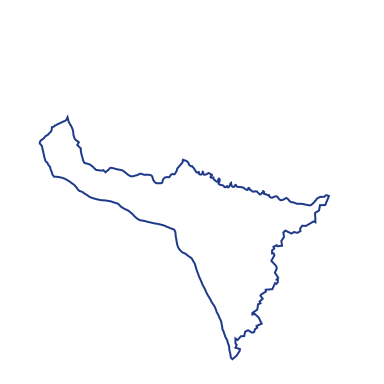 VI-7 Upper Corentyne, East Berbice-Corentyne, Guyana (Albers equal-area conic projection), rotated 314°
{"feature_id": "73187651B49855956252830", "entity_name": "VI-7 Upper Corentyne", "entity_type": "district", "adm_level": 2, "iso_a3": "GUY", "parent_name": "Guyana", "parent_adm1": "East Berbice-Corentyne", "projection": "albers", "projection_center": [-57.779, 3.06], "detail": "fine", "context": "isolated", "style": "outline", "palette": "blue", "viewbox_px": 384, "rotation_deg": 314, "n_neighbors": 0, "source": "geoboundaries", "source_scale": "gbopen_adm2", "svg_char_len": 6075}
<svg xmlns="http://www.w3.org/2000/svg" viewBox="0 0 384 384"><g transform="rotate(314 192 192)"><path d="M107.2,82.2L108.5,83.5L110.3,85.9L112.3,89.2L113.0,90.9L113.9,93.8L114.0,94.6L114.5,96.6L114.8,99.5L115.0,100.3L115.3,102.2L115.3,103.3L115.0,104.9L115.0,106.7L114.6,107.4L114.5,109.4L114.6,110.4L115.5,112.1L116.0,113.7L116.2,115.8L117.1,119.4L117.1,120.4L117.3,121.3L117.9,123.2L118.7,125.0L121.5,130.0L122.9,132.1L123.3,132.7L124.5,134.0L126.3,136.3L129.2,140.6L129.4,141.3L130.3,143.1L130.7,143.9L132.0,146.5L132.2,147.7L132.1,150.9L132.4,152.9L132.9,154.8L134.3,159.0L134.5,160.2L134.5,161.5L134.8,163.9L134.6,167.9L134.7,170.6L135.4,173.7L136.2,175.2L137.0,176.1L139.0,179.4L139.8,181.0L140.4,181.9L143.6,187.2L145.3,189.5L148.1,194.4L148.8,195.9L149.6,198.3L150.1,199.3L151.2,202.3L152.4,204.8L152.4,205.8L151.8,207.5L150.5,209.2L148.6,211.3L147.3,213.3L146.1,214.8L143.9,217.9L143.0,219.6L142.3,221.4L141.9,223.2L141.9,227.0L142.1,227.9L142.9,229.5L143.1,230.3L143.5,234.6L143.9,236.4L144.0,237.6L143.8,238.7L143.5,239.8L143.1,240.8L142.8,242.5L142.4,243.6L141.9,244.7L139.4,249.0L137.7,252.4L137.0,254.1L136.3,255.2L134.6,259.6L132.4,264.6L131.4,268.0L129.5,272.7L128.7,275.2L128.2,277.4L127.9,278.2L127.4,280.1L126.7,281.8L126.2,283.7L125.6,286.9L124.1,290.8L122.8,293.1L122.0,295.9L120.8,298.6L119.1,303.1L118.4,303.8L116.5,306.7L114.7,308.9L114.2,309.7L113.7,311.5L112.7,313.1L112.1,314.6L111.1,316.3L109.7,320.5L108.3,322.7L107.0,325.5L104.1,328.9L102.2,332.0L101.7,332.7L100.5,334.1L100.1,334.7L99.8,335.5L99.8,337.2L105.3,337.8L111.0,336.6L112.3,335.5L110.2,331.4L113.0,330.4L113.3,328.4L116.8,325.0L117.2,327.6L122.2,327.4L124.6,329.6L128.5,327.3L131.5,328.4L132.5,332.9L134.3,334.0L137.2,332.6L139.8,333.2L140.5,331.5L145.7,333.6L148.0,327.2L147.9,321.7L145.8,320.6L147.0,319.4L152.7,320.7L157.2,317.5L159.5,318.6L160.2,316.7L164.3,317.0L165.0,313.2L166.6,313.0L171.7,314.3L172.9,312.9L177.9,317.3L184.1,315.1L184.5,316.5L186.7,316.4L188.4,314.9L187.8,313.8L190.2,313.6L191.6,307.6L195.8,306.2L197.2,304.1L197.6,296.9L203.6,295.3L204.6,293.4L203.4,292.3L205.6,290.2L208.5,290.4L209.1,288.7L212.6,289.9L212.3,291.1L215.9,294.1L218.8,290.3L223.6,289.4L226.4,285.8L229.1,286.0L231.2,292.4L234.1,293.2L235.7,296.1L239.2,297.2L240.7,295.2L244.3,294.7L246.7,297.5L255.3,299.9L256.0,301.8L262.4,295.1L267.0,296.2L271.4,293.2L275.2,296.9L284.2,293.3L283.9,292.4L283.2,291.0L282.1,290.5L280.6,290.5L279.9,290.0L278.5,288.7L277.8,287.7L277.4,287.5L275.1,286.8L274.5,286.5L273.7,286.5L272.2,286.8L268.4,287.0L265.2,286.7L264.5,286.2L263.6,285.3L259.7,279.1L257.1,276.4L256.4,275.5L254.9,272.0L254.0,271.0L253.4,269.8L253.3,268.3L253.6,265.7L253.3,264.2L252.8,263.8L250.3,263.1L249.1,262.6L248.5,262.2L247.7,261.5L247.5,261.0L247.5,259.9L247.5,258.6L247.9,256.7L247.8,256.1L247.3,255.5L246.3,254.7L243.7,253.7L242.9,252.9L242.5,251.4L242.5,250.9L242.7,250.3L243.3,249.8L243.2,249.4L242.6,249.0L242.2,248.5L242.0,247.2L240.8,245.5L240.8,244.7L242.0,244.1L242.2,242.8L241.9,242.6L241.5,243.3L241.2,243.4L240.3,243.0L239.7,242.9L239.3,243.1L238.3,243.0L237.4,242.6L237.3,240.3L237.4,238.8L237.3,238.0L236.5,237.1L235.7,236.7L234.7,235.7L234.4,235.1L234.3,233.6L234.0,232.9L233.9,232.4L234.5,230.2L234.2,229.8L233.4,230.0L232.9,230.5L232.0,230.4L231.5,229.8L231.1,228.3L230.8,225.9L229.5,223.7L227.5,221.5L227.1,220.6L227.1,219.9L227.5,219.1L227.5,218.5L227.0,218.3L225.9,218.6L225.0,218.6L224.4,218.3L224.0,217.6L223.9,216.5L224.6,215.1L225.7,213.8L225.0,213.7L223.2,214.6L221.8,215.0L221.3,215.0L220.4,214.8L220.3,214.0L220.7,213.4L220.5,213.1L219.0,213.0L218.4,212.5L218.1,211.8L218.4,210.4L218.1,209.4L216.8,207.4L216.4,206.3L216.4,205.4L216.5,205.2L217.1,204.8L218.4,204.6L219.7,203.8L220.1,203.3L220.5,202.4L220.2,202.0L219.6,202.0L218.3,203.0L217.8,203.2L217.1,203.1L216.5,202.5L216.4,201.9L216.5,200.6L216.2,199.1L216.6,198.2L217.3,197.3L215.9,196.3L215.4,195.4L215.6,194.9L216.4,194.6L218.0,194.7L218.3,194.2L217.7,193.0L217.5,191.2L217.2,190.8L215.9,190.3L215.0,190.2L213.2,189.2L212.8,188.6L212.8,187.9L213.1,187.2L214.1,186.2L214.1,185.7L213.6,185.8L212.7,186.5L212.0,186.8L211.1,186.6L210.2,185.7L209.9,184.7L210.1,184.2L211.1,183.1L210.8,182.8L210.1,182.6L209.4,182.2L209.3,181.1L209.6,179.8L210.3,177.1L210.5,176.1L210.3,175.1L210.7,174.2L210.5,173.9L210.0,173.5L209.5,171.8L209.5,170.9L210.3,169.7L210.5,168.9L210.6,167.4L210.2,165.7L209.6,164.8L209.2,163.5L208.9,163.1L208.3,163.4L207.4,164.3L206.1,164.7L201.0,165.0L199.4,165.0L198.3,165.3L196.3,166.4L195.1,166.6L193.5,167.1L192.7,167.1L192.1,166.7L191.4,165.5L190.8,165.1L190.0,164.9L189.2,164.9L187.1,165.4L186.6,165.2L186.0,164.4L184.6,163.0L183.3,162.4L181.5,162.4L180.4,162.7L179.3,163.5L177.8,164.0L177.4,164.0L176.6,163.5L176.2,162.9L175.8,162.7L174.0,160.8L173.4,159.7L173.3,158.7L173.6,156.1L174.2,154.8L175.2,153.4L175.6,152.2L175.7,151.4L174.8,149.5L173.1,147.5L172.1,146.7L171.0,145.4L170.1,143.2L169.6,142.5L168.5,141.6L166.9,141.2L166.5,141.0L166.3,141.0L163.4,139.2L162.7,138.9L161.7,138.1L160.8,136.9L160.4,135.9L160.0,134.2L159.6,129.3L159.5,128.4L159.1,126.7L158.4,125.5L156.1,122.0L154.2,118.5L153.4,117.3L152.6,116.5L151.4,116.4L150.6,116.5L146.1,116.1L146.1,113.0L145.5,112.8L144.9,112.4L143.4,110.7L142.6,109.4L141.5,108.1L141.1,107.0L141.3,106.3L141.2,105.5L141.3,103.6L140.9,99.7L139.6,96.8L138.8,95.7L138.3,94.5L138.3,93.6L139.1,91.8L142.8,85.6L145.1,82.5L146.0,82.0L146.0,81.0L146.1,80.9L146.1,76.8L149.1,76.1L149.3,75.4L149.0,74.4L148.6,72.3L149.0,70.3L150.6,67.2L153.0,64.5L154.4,62.1L155.7,58.7L155.9,57.5L156.7,54.8L157.5,53.4L159.4,50.5L158.4,50.8L157.7,51.2L156.8,51.5L154.8,51.2L152.6,50.2L149.0,48.9L147.3,48.2L145.5,47.7L144.6,47.3L143.8,47.3L142.7,47.0L141.8,46.6L141.3,46.2L139.6,47.6L138.9,48.1L138.0,48.4L137.0,48.6L135.1,48.5L132.9,48.6L130.3,47.8L128.1,48.1L127.1,48.0L124.6,47.5L122.9,47.6L122.2,47.9L121.2,48.6L120.9,51.5L120.7,52.2L115.1,60.8L114.4,61.6L113.5,63.5L112.8,64.5L112.5,65.4L112.4,66.3L112.6,67.5L111.8,69.5L111.5,72.3L110.5,73.8L109.9,74.9L108.9,77.4L107.8,79.1L107.5,79.9L107.2,82.2Z" fill="none" stroke="#1e3a8a" stroke-width="2"/></g></svg>